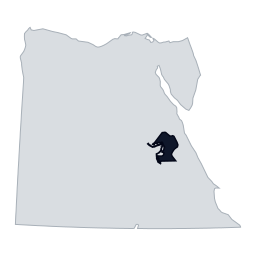 location of Zemam Out, Al Bahr al Ahmar, Egypt
{"feature_id": "37247803B70962807620148", "entity_name": "Zemam Out", "entity_type": "district", "adm_level": 2, "iso_a3": "EGY", "parent_name": "Egypt", "parent_adm1": "Al Bahr al Ahmar", "projection": "orthographic", "projection_center": [32.567, 25.936], "detail": "fine", "context": "in_parent", "style": "filled", "palette": "ink", "viewbox_px": 256, "rotation_deg": 0, "n_neighbors": 0, "source": "geoboundaries", "source_scale": "gbopen_adm2", "svg_char_len": 6975}
<svg xmlns="http://www.w3.org/2000/svg" viewBox="0 0 256 256"><path d="M240.6,227.2L234.4,227.4L228.2,227.6L222.0,227.8L215.8,227.9L209.6,228.1L203.3,228.2L197.1,228.3L190.9,228.4L184.6,228.5L178.4,228.5L172.2,228.6L166.0,228.6L159.7,228.6L153.5,228.6L147.3,228.6L141.0,228.5L137.5,228.5L138.1,226.7L138.5,225.4L138.1,224.5L136.9,224.3L136.1,224.6L134.2,228.3L133.2,228.5L131.0,228.5L123.7,228.4L116.5,228.3L109.3,228.1L102.0,228.0L94.8,227.8L87.5,227.6L80.3,227.4L73.1,227.1L65.8,226.9L58.6,226.6L51.4,226.3L44.2,225.9L37.0,225.6L29.8,225.2L22.6,224.8L15.4,224.4L15.6,219.9L15.8,215.3L16.1,210.7L16.3,206.1L16.5,201.5L16.8,196.9L17.0,192.3L17.2,187.8L17.5,183.2L17.7,178.6L18.0,174.0L18.2,169.4L18.5,164.8L18.8,160.2L19.0,155.6L19.3,151.0L19.5,146.4L19.8,141.9L20.1,137.3L20.3,132.7L20.6,128.1L20.9,123.5L21.2,118.9L21.4,114.3L21.7,109.7L22.0,105.1L22.3,100.5L22.6,96.0L22.9,91.4L23.2,86.8L23.5,82.2L23.7,77.6L23.6,76.8L22.9,73.6L22.2,69.6L21.6,64.7L21.6,63.1L20.3,58.0L20.3,56.5L20.7,55.6L23.7,51.5L24.6,49.5L25.4,47.1L25.8,45.1L25.2,42.0L24.5,39.2L24.4,36.4L24.5,33.6L25.9,31.8L27.7,30.1L28.3,29.1L29.4,27.9L30.1,27.4L31.2,29.9L33.9,30.5L42.9,28.8L52.5,31.5L57.9,32.6L66.1,34.8L71.1,38.4L72.4,38.9L76.1,38.9L78.4,41.0L88.0,42.3L93.0,44.6L95.8,46.5L97.6,47.1L99.1,47.0L101.2,46.4L103.9,45.2L106.8,43.6L112.8,39.3L114.9,38.6L116.3,38.8L118.0,38.8L118.7,37.6L119.6,36.8L120.1,35.9L121.1,34.8L124.1,34.5L130.3,32.7L129.6,33.6L124.0,35.6L126.4,35.9L128.8,35.2L131.7,34.8L132.2,33.9L132.6,32.2L133.1,32.0L135.0,32.3L140.8,35.0L142.2,35.1L146.3,33.6L147.2,33.3L148.5,34.2L151.5,37.4L150.4,37.4L147.2,34.5L146.9,35.9L145.1,38.4L147.3,39.5L149.2,39.9L150.2,41.3L150.8,42.5L152.7,42.0L154.0,40.3L153.3,39.4L152.9,38.4L153.5,38.4L154.7,39.2L158.4,42.4L159.6,43.0L161.1,42.9L164.0,42.0L164.9,42.1L168.9,41.0L169.3,41.8L170.0,42.7L173.2,41.7L178.3,41.7L182.4,40.6L187.1,38.0L187.5,37.7L187.8,38.3L188.4,40.0L189.9,44.3L191.2,47.7L192.9,52.4L193.4,54.2L193.6,55.5L196.0,60.6L197.4,64.9L198.5,68.3L200.0,73.4L200.6,75.1L199.7,76.1L197.7,79.4L195.8,89.9L192.9,98.2L192.6,103.3L192.1,105.2L190.7,107.8L188.9,110.4L185.8,109.1L180.6,104.6L177.5,100.4L174.3,97.7L171.2,94.1L170.4,91.5L170.4,89.8L169.1,85.7L168.1,83.8L164.4,79.4L163.4,77.1L162.6,76.1L161.7,74.6L160.4,68.9L159.0,65.4L157.3,66.3L157.6,67.9L156.2,69.9L155.3,72.4L156.0,74.3L159.0,77.4L159.6,78.7L160.3,81.5L160.2,85.4L160.6,86.7L162.9,89.6L163.7,91.3L164.2,92.8L164.9,94.1L167.2,96.7L170.5,101.4L173.5,104.6L175.8,106.2L176.7,107.7L177.0,111.8L176.8,113.7L178.8,117.3L179.5,119.1L181.5,120.6L182.3,122.3L183.2,125.1L184.5,133.2L186.1,135.2L191.4,145.9L195.9,152.7L198.0,157.8L201.4,163.9L207.9,177.4L211.8,181.5L213.4,183.8L216.1,185.6L219.2,188.1L216.3,188.0L215.6,188.1L214.6,188.6L214.2,190.2L214.0,191.5L214.5,198.4L215.3,201.9L218.0,208.5L219.9,210.4L220.9,211.7L222.2,212.6L228.2,214.7L231.8,219.4L239.8,225.2L240.6,226.9L240.6,227.2Z" fill="#d9dde1" stroke="#a8b0b8" stroke-width="1"/><path d="M158.6,142.4L159.4,142.4L159.5,142.4L159.9,142.4L160.5,142.7L160.8,142.6L160.8,142.8L161.3,143.2L161.5,143.1L161.6,142.9L161.8,142.8L161.9,142.6L162.0,142.8L162.0,143.1L162.3,143.2L162.3,143.4L162.4,143.6L162.5,143.7L162.6,143.8L162.8,144.0L162.9,144.4L163.0,144.5L163.3,144.8L163.2,144.9L163.2,145.0L163.3,145.0L163.6,145.4L163.8,145.6L163.9,146.0L163.9,146.4L164.2,146.5L164.4,146.6L164.5,146.7L164.6,146.9L164.6,147.0L164.4,147.0L164.3,147.3L164.1,147.3L164.2,147.5L164.1,147.9L164.1,148.0L164.1,148.5L163.9,148.8L163.9,149.0L164.0,149.2L164.0,149.3L163.9,149.5L163.6,150.0L163.3,150.3L163.2,150.7L163.0,150.8L162.9,150.9L162.8,151.0L162.7,151.1L162.6,151.4L162.5,151.6L162.3,151.8L162.1,152.1L162.4,152.2L163.9,152.9L163.9,153.6L163.3,155.3L162.1,156.0L160.7,156.1L157.7,155.9L157.7,156.0L157.8,156.3L157.8,156.6L158.0,156.7L158.1,156.8L158.1,157.0L158.2,157.3L158.3,157.6L158.5,157.8L158.6,158.0L158.8,158.5L159.0,158.8L159.1,159.0L159.1,159.3L159.0,159.5L159.1,159.9L159.2,160.2L159.2,160.4L159.2,160.5L159.3,160.8L159.4,161.0L159.5,161.4L159.6,161.5L159.9,161.9L160.0,162.0L160.3,162.3L161.0,161.1L175.7,160.8L172.1,156.2L171.4,154.1L172.4,152.0L174.2,149.3L175.9,147.9L177.4,146.9L177.9,144.9L177.0,142.3L175.5,139.4L174.6,137.6L173.9,136.3L172.7,135.7L171.1,136.2L169.7,135.9L168.4,134.8L167.2,133.8L165.7,132.5L164.9,132.3L163.3,132.5L162.2,132.6L153.7,143.8L153.3,143.5L152.6,144.3L153.0,144.6L153.5,144.8L153.9,144.8L154.0,144.8L154.2,144.7L154.3,144.6L154.4,144.1L154.5,143.9L154.8,143.6L154.8,143.4L155.0,143.4L155.5,143.3L155.8,143.3L156.1,143.2L156.3,143.3L156.6,143.3L156.8,143.3L157.0,143.3L157.0,143.2L157.2,142.8L157.2,142.7L157.3,142.6L157.5,142.6L157.8,142.4L157.9,142.5L158.0,142.7L158.3,142.5L158.5,142.4L158.6,142.4ZM162.8,143.2L162.5,143.5L162.3,143.0L162.1,142.7L162.3,142.5L162.8,143.2ZM148.3,143.4L147.7,143.9L149.3,145.4L152.6,147.2L153.1,147.0L154.5,146.9L156.7,145.8L158.6,145.3L161.0,144.5L162.0,145.1L162.1,145.3L162.2,145.5L162.0,146.9L161.9,147.0L161.1,148.3L160.9,149.9L160.4,151.0L158.4,153.0L156.4,153.9L156.5,156.1L156.8,158.7L157.0,158.6L157.3,158.5L157.6,158.6L157.5,158.4L157.6,158.2L157.5,157.7L157.5,157.3L157.5,157.0L157.3,156.8L157.1,156.7L157.0,156.3L156.7,155.8L156.6,155.7L156.7,155.2L156.7,154.9L156.6,154.7L156.7,154.4L156.8,154.3L156.8,154.2L156.7,154.0L156.9,153.9L157.0,153.9L157.0,153.7L157.3,153.5L157.6,153.4L157.8,153.4L158.0,153.2L158.4,153.1L158.8,153.0L158.9,152.9L159.3,152.6L159.4,152.4L159.5,152.3L159.6,152.2L159.8,152.0L160.0,151.9L160.4,151.6L160.5,151.4L160.9,151.0L161.0,150.9L161.3,150.7L161.5,150.7L161.4,150.3L161.3,150.1L161.4,149.2L161.4,148.9L161.4,148.7L161.5,148.5L161.7,147.9L161.8,147.6L161.9,147.3L162.0,147.1L161.9,147.0L162.0,147.0L162.1,146.9L162.2,146.7L162.2,146.3L162.2,146.2L162.2,145.9L162.2,145.6L162.2,145.4L162.1,145.1L162.1,144.7L161.9,144.3L161.7,144.2L161.0,143.9L160.8,143.9L160.6,143.8L160.4,143.7L160.2,143.7L159.7,144.1L159.3,144.2L159.1,144.3L158.7,144.4L158.4,144.5L158.2,144.5L157.7,144.6L157.5,145.0L157.4,145.2L157.1,145.1L156.9,145.1L156.7,145.2L156.5,145.3L156.3,145.5L156.1,145.6L155.8,145.8L155.7,145.9L155.5,146.0L155.4,146.0L155.2,146.1L154.8,146.2L154.6,146.2L154.4,146.4L154.2,146.4L154.1,146.6L153.9,146.7L153.7,146.7L153.6,146.8L153.4,146.8L153.3,146.7L153.2,146.7L152.9,146.7L152.5,146.7L152.3,146.7L151.9,146.6L151.4,146.3L151.3,146.2L151.2,146.2L151.0,145.9L150.8,145.8L150.8,145.7L150.7,145.7L150.4,145.4L150.2,145.2L149.9,145.0L149.7,145.0L149.6,144.9L149.4,144.8L149.2,144.7L149.0,144.4L148.8,144.3L148.8,144.2L148.7,144.1L148.4,143.8L148.4,143.5L148.3,143.4ZM160.5,163.6L160.6,163.3L160.4,163.2L160.2,163.0L160.1,162.9L159.9,162.8L159.7,162.8L159.5,162.7L159.4,162.5L159.3,162.4L159.2,162.2L158.9,162.1L158.7,161.9L158.5,161.7L158.3,161.5L158.2,161.4L158.1,161.2L157.9,160.7L157.7,160.4L157.7,160.2L157.5,160.3L157.4,160.3L158.0,162.1L160.5,163.6ZM157.2,160.0L157.2,159.9L157.4,159.8L157.3,159.3L157.3,159.2L157.2,159.2L156.9,159.1L157.2,160.0Z" fill="#0f172a" stroke="#020617" stroke-width="1.5"/></svg>